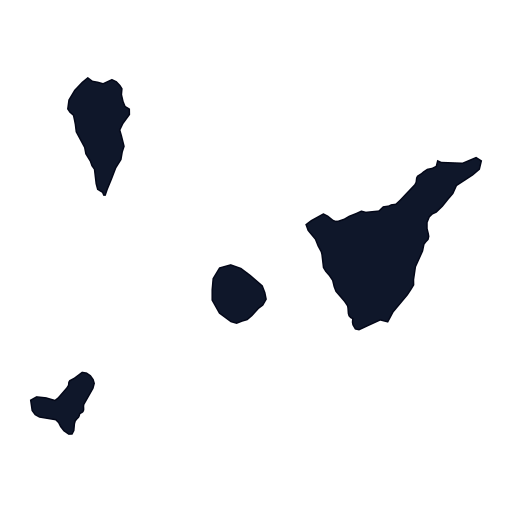 SVG path tracing the border of Santa Cruz de Tenerife
{"feature_id": "ESP-5842", "entity_name": "Santa Cruz de Tenerife", "entity_type": "Autonomous Community", "adm_level": 1, "iso_a3": "ESP", "parent_name": "Spain", "parent_adm1": "", "projection": "equal_earth", "projection_center": [-17.219, 28.249], "detail": "fine", "context": "isolated", "style": "filled", "palette": "ink", "viewbox_px": 512, "rotation_deg": 0, "n_neighbors": 0, "source": "natural_earth", "source_scale": "10m", "svg_char_len": 2296}
<svg xmlns="http://www.w3.org/2000/svg" viewBox="0 0 512 512"><path d="M413.6,284.9L410.6,289.8L407.2,294.9L393.0,311.9L389.7,318.1L387.7,321.8L380.2,319.9L368.2,325.4L363.1,327.8L359.0,329.7L355.4,328.9L353.0,324.8L352.5,322.1L352.8,318.6L350.8,317.6L349.1,315.8L348.4,313.4L348.0,307.8L347.6,305.8L344.6,301.3L336.0,291.3L334.2,286.6L332.7,280.3L329.4,275.4L325.8,271.3L323.5,267.5L322.0,254.5L321.3,251.7L318.2,246.0L315.5,239.2L308.2,230.4L306.1,224.6L311.4,220.6L323.4,214.0L327.7,216.2L332.9,220.4L335.4,221.4L338.2,221.3L344.4,219.2L349.3,216.3L356.4,213.5L361.4,211.2L365.8,212.4L374.6,211.5L378.9,211.1L383.3,206.9L388.9,206.1L391.3,204.9L395.9,204.3L400.3,200.2L410.6,189.3L414.9,184.8L416.2,182.3L416.7,178.0L417.6,176.2L421.7,173.6L423.5,172.0L427.4,169.4L432.3,168.4L436.3,166.4L437.7,160.9L441.2,162.5L462.6,163.3L476.1,157.6L481.3,160.9L479.3,169.2L472.6,174.9L456.4,185.5L452.8,193.5L448.3,198.7L442.3,206.2L436.2,212.1L432.3,213.9L429.2,216.9L427.0,222.4L427.0,228.6L428.2,233.5L428.7,236.4L428.0,239.4L425.9,241.6L423.9,244.2L422.5,251.0L415.4,266.7L413.5,279.6L413.6,284.9ZM121.9,88.8L121.4,94.6L123.0,101.6L125.0,106.5L129.3,109.1L129.4,114.5L122.8,123.5L119.7,130.0L121.4,135.9L124.0,146.3L122.2,151.9L120.9,159.5L115.7,167.8L111.3,179.3L107.2,189.2L105.2,195.1L103.8,195.1L102.6,192.3L97.7,189.3L96.2,183.7L94.5,169.2L92.0,165.7L90.4,161.1L85.9,153.8L84.7,147.4L76.3,131.8L75.4,124.4L74.5,119.8L73.5,115.2L70.0,112.2L67.8,108.9L69.0,100.0L74.8,90.3L82.3,82.4L87.8,77.9L92.3,81.3L97.8,82.3L103.1,83.8L111.9,79.7L116.3,81.8L119.9,85.6L121.9,88.8ZM219.6,268.0L230.7,264.9L240.9,268.5L250.3,275.6L262.2,285.9L264.8,292.7L266.1,299.2L262.7,305.1L258.4,308.3L251.8,315.6L247.1,319.6L242.2,321.0L236.6,323.2L231.0,321.6L219.5,313.1L212.2,300.1L212.2,289.7L213.2,278.6L219.6,268.0ZM82.2,372.4L86.5,373.1L90.4,375.8L93.1,379.6L94.2,383.4L92.9,388.3L83.7,404.5L83.5,406.4L83.6,408.2L83.6,409.9L82.9,411.6L81.8,412.5L80.6,413.1L79.6,413.9L79.2,415.7L78.5,417.2L76.8,418.9L75.2,420.9L74.4,423.7L73.8,430.5L72.0,434.0L68.8,434.1L64.0,430.8L60.7,426.6L58.7,422.6L55.8,419.7L39.5,417.0L35.2,414.6L32.2,410.5L30.7,400.2L36.6,396.9L46.0,397.9L55.0,400.5L58.3,397.9L66.9,388.0L68.6,385.3L68.9,382.2L69.8,380.7L74.5,378.2L82.2,372.4Z" fill="#0f172a" stroke="#020617" stroke-width="1.5"/></svg>